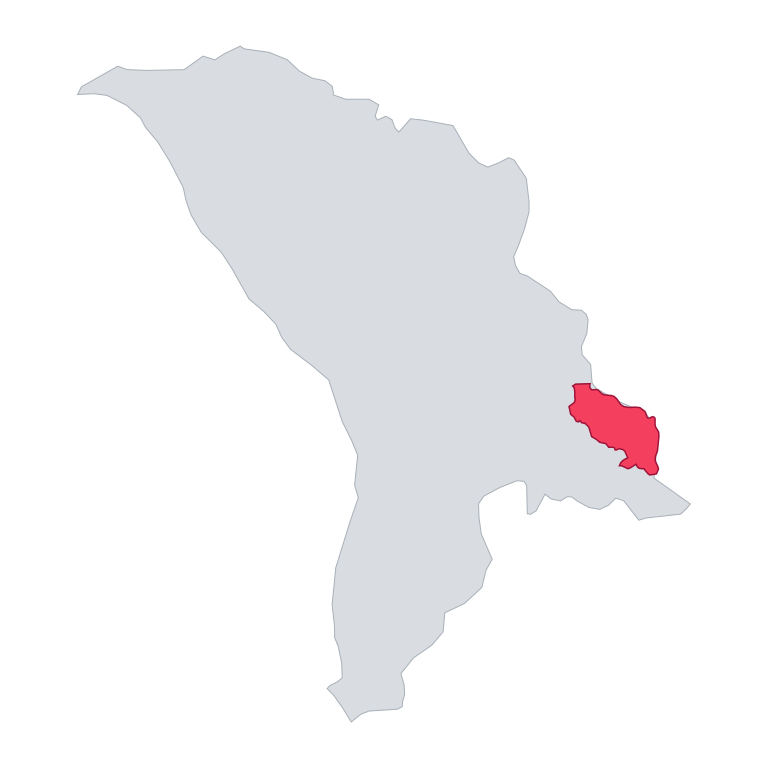 where Bender sits in Moldova
{"feature_id": "MDA-1650", "entity_name": "Bender", "entity_type": "City", "adm_level": 1, "iso_a3": "MDA", "parent_name": "Moldova", "parent_adm1": "", "projection": "natural_earth1", "projection_center": [29.721, 46.757], "detail": "fine", "context": "in_parent", "style": "filled", "palette": "rose", "viewbox_px": 768, "rotation_deg": 0, "n_neighbors": 0, "source": "natural_earth", "source_scale": "10m", "svg_char_len": 3142}
<svg xmlns="http://www.w3.org/2000/svg" viewBox="0 0 768 768"><path d="M77.6,94.5L81.4,86.8L117.7,66.2L127.0,69.6L145.8,70.4L184.1,69.7L203.1,56.1L214.7,59.9L224.3,53.8L240.2,46.1L242.4,47.7L244.4,48.9L268.9,52.3L287.2,59.7L299.4,71.1L312.0,78.1L325.1,80.8L332.3,86.5L333.7,95.1L345.9,99.3L369.0,99.2L378.7,104.9L375.1,116.3L377.5,120.1L385.7,116.2L391.9,119.6L395.1,128.1L398.8,132.1L410.6,118.8L423.0,120.1L453.0,125.6L469.0,153.2L478.9,163.1L487.7,167.1L498.8,162.8L508.6,157.7L514.2,160.1L526.3,178.4L529.1,202.3L529.0,212.0L524.7,228.2L518.5,245.5L513.6,256.8L515.6,265.8L520.0,273.4L527.1,275.9L550.4,291.2L559.1,301.9L571.7,309.7L581.4,310.2L586.4,314.6L588.1,320.0L586.8,333.6L581.4,346.5L582.1,354.7L590.6,364.4L591.5,375.8L592.1,383.1L596.6,388.7L618.0,401.2L645.8,413.2L652.9,423.6L657.2,436.7L655.8,458.8L654.0,478.1L690.4,504.0L686.3,508.8L680.7,514.1L645.9,518.0L638.8,520.2L623.7,500.7L615.7,498.2L608.3,505.4L599.6,509.4L589.0,507.4L577.7,501.4L572.1,497.1L567.5,496.6L560.5,500.9L551.1,499.0L545.0,494.2L536.1,510.8L530.7,514.3L527.3,513.8L526.7,485.6L524.1,481.4L517.1,480.7L500.1,487.4L484.0,496.0L478.5,503.7L479.0,517.6L481.3,534.1L492.2,559.2L486.1,570.1L481.8,587.5L464.4,603.5L444.8,612.8L443.1,631.8L432.1,644.9L413.5,657.9L400.9,673.6L404.0,684.4L404.7,694.5L402.6,701.5L402.1,706.8L397.2,709.2L368.7,711.1L360.6,714.4L351.3,721.9L342.5,707.7L333.7,695.3L327.1,688.6L329.9,685.5L337.1,682.0L342.2,677.8L341.7,663.0L338.1,646.0L334.7,637.8L334.4,624.9L332.1,604.8L335.8,567.6L350.3,520.9L358.3,497.7L354.6,485.0L357.7,455.3L351.7,440.6L342.2,421.5L328.7,379.9L311.7,365.4L290.7,349.5L281.8,337.5L275.9,324.3L263.4,311.1L249.1,299.1L232.2,269.0L223.4,255.4L220.7,251.7L201.3,232.4L191.1,215.0L186.1,200.7L183.2,187.4L169.7,161.3L157.5,141.6L145.7,127.7L140.4,117.8L126.6,105.3L106.9,95.4L94.1,93.7L77.6,94.5Z" fill="#d9dde1" stroke="#a8b0b8" stroke-width="1"/><path d="M590.1,383.7L589.9,384.2L589.7,387.2L591.3,389.6L592.3,389.8L596.7,389.5L598.3,390.2L601.1,393.0L602.6,394.2L605.4,395.0L611.2,395.5L613.9,396.3L616.7,398.8L620.8,404.7L624.0,406.7L629.6,407.5L634.8,407.1L639.8,407.6L644.8,411.3L645.6,412.8L647.0,416.9L647.9,418.1L649.4,418.2L651.0,417.3L652.7,416.6L654.6,417.5L655.1,419.0L655.0,423.8L655.3,425.9L655.9,427.5L657.9,430.7L658.7,432.4L658.9,436.5L657.5,450.4L656.8,453.0L655.9,455.0L655.3,457.2L655.2,460.1L655.9,462.4L658.0,467.0L658.5,469.1L656.4,473.9L652.5,474.6L649.5,474.9L648.1,473.8L644.5,469.6L644.0,468.8L644.0,468.7L641.3,468.7L639.1,468.3L637.4,467.0L636.2,464.2L629.7,468.2L627.8,468.7L622.0,465.9L619.5,465.7L619.4,465.7L620.7,462.7L622.9,460.5L625.4,458.9L627.8,457.9L624.8,451.2L623.2,449.8L623.1,449.7L619.4,448.7L618.1,449.1L616.5,449.9L615.1,449.9L614.5,448.0L613.8,447.5L613.7,447.4L611.9,447.2L608.7,447.3L606.0,443.7L599.8,442.3L596.1,439.2L591.7,436.7L588.8,427.1L586.7,424.9L585.1,423.3L585.0,423.2L584.7,423.5L581.5,422.6L581.4,422.6L579.9,420.5L578.5,421.9L576.3,421.3L574.0,417.0L570.7,414.3L569.0,406.5L574.4,402.4L575.2,399.7L574.8,397.6L574.8,392.2L574.3,388.1L572.7,386.0L575.6,384.1L590.0,383.7L590.1,383.7Z" fill="#f43f5e" stroke="#9f1239" stroke-width="1.5"/></svg>